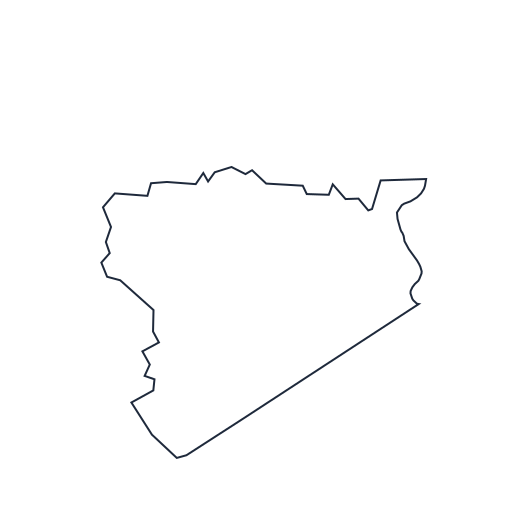 Wetzel, West Virginia, United States of America (Equal Earth projection), rotated 147°
{"feature_id": "52423323B41320472934354", "entity_name": "Wetzel", "entity_type": "district", "adm_level": 2, "iso_a3": "USA", "parent_name": "United States of America", "parent_adm1": "West Virginia", "projection": "equal_earth", "projection_center": [-80.719, 39.575], "detail": "fine", "context": "isolated", "style": "outline", "palette": "slate", "viewbox_px": 512, "rotation_deg": 147, "n_neighbors": 0, "source": "geoboundaries", "source_scale": "gbopen_adm2", "svg_char_len": 1036}
<svg xmlns="http://www.w3.org/2000/svg" viewBox="0 0 512 512"><g transform="rotate(147 256 256)"><path d="M145.7,127.1L147.0,128.3L148.2,133.1L148.2,135.1L146.8,140.5L145.4,142.4L141.9,144.6L138.1,146.0L133.3,146.8L131.5,147.8L126.7,151.2L125.4,152.9L124.0,157.5L123.6,160.4L123.4,164.6L124.1,178.5L123.4,187.5L121.2,192.5L120.6,196.1L120.8,197.1L120.4,199.5L117.1,210.0L114.1,215.7L106.1,219.2L103.2,219.2L96.7,217.7L89.0,217.5L83.5,218.6L78.5,220.9L76.0,222.9L71.4,227.9L110.3,251.5L133.1,232.2L137.0,233.1L138.8,248.3L149.9,255.0L152.6,274.3L161.6,267.7L179.7,280.3L178.5,289.5L208.0,311.2L212.6,330.1L220.2,330.4L228.1,344.0L245.0,348.7L255.6,344.6L255.0,354.3L267.4,349.1L290.4,366.6L304.4,374.2L314.3,365.6L340.3,385.4L357.8,380.2L361.8,359.3L374.3,349.5L377.1,338.1L389.3,334.7L392.2,319.7L383.1,309.6L371.4,266.5L383.5,248.7L384.5,236.4L403.2,237.9L404.2,222.8L414.7,216.1L408.3,207.9L415.3,199.2L440.3,201.0L440.6,162.8L432.4,129.8L422.9,126.8L357.1,126.6L145.7,127.1Z" fill="none" stroke="#1e293b" stroke-width="2"/></g></svg>